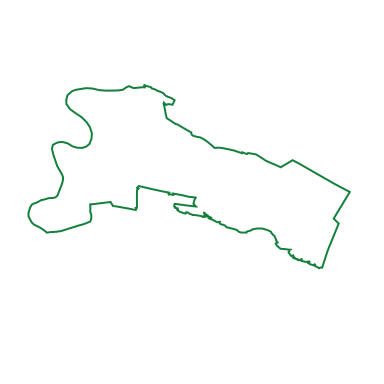 Tuglui, Dolj, Romania, rotated 199°
{"feature_id": "2599482B43089269321770", "entity_name": "Tuglui", "entity_type": "district", "adm_level": 2, "iso_a3": "ROU", "parent_name": "Romania", "parent_adm1": "Dolj", "projection": "natural_earth1", "projection_center": [23.773, 44.207], "detail": "fine", "context": "isolated", "style": "outline", "palette": "green", "viewbox_px": 384, "rotation_deg": 199, "n_neighbors": 0, "source": "geoboundaries", "source_scale": "gbopen_adm2", "svg_char_len": 5968}
<svg xmlns="http://www.w3.org/2000/svg" viewBox="0 0 384 384"><g transform="rotate(199 192 192)"><path d="M285.9,271.6L287.8,270.0L290.9,266.0L294.8,264.0L304.4,260.5L308.2,259.3L313.1,258.1L320.0,257.4L326.2,255.6L330.5,253.3L335.3,250.7L338.3,248.2L341.2,243.1L341.0,238.7L339.4,234.3L334.3,230.6L328.0,228.7L320.8,226.8L314.1,223.6L309.6,220.0L305.7,214.8L304.4,209.7L304.6,204.0L306.7,200.6L310.2,197.9L315.5,196.4L320.1,196.3L325.4,197.5L330.3,197.2L333.9,195.9L336.4,194.0L338.8,191.3L338.6,187.4L335.3,182.2L328.0,172.8L325.8,170.8L323.0,168.4L320.5,166.2L318.7,164.0L318.0,161.6L317.6,158.5L317.6,155.9L317.9,149.2L317.9,145.5L319.2,142.6L321.7,141.0L325.0,139.8L326.8,138.6L328.2,137.5L332.1,135.1L333.6,133.3L335.5,131.4L337.4,129.9L339.2,128.2L340.0,124.8L339.8,118.9L338.7,115.9L336.3,113.4L333.5,111.0L330.7,109.7L327.1,109.3L323.4,108.7L317.7,107.1L315.9,106.3L313.0,107.9L311.4,108.6L309.6,109.2L308.5,109.8L308.1,110.0L307.3,110.1L306.9,110.3L306.5,110.7L306.1,111.0L303.6,112.1L302.7,112.7L297.5,116.6L291.2,121.2L288.0,123.6L284.6,125.9L282.4,127.6L278.5,131.0L278.6,134.3L280.0,138.0L280.3,138.4L281.3,139.4L281.6,140.0L281.9,140.5L282.7,143.2L284.2,147.2L282.0,148.1L277.9,150.1L266.4,155.7L265.8,156.1L262.2,153.1L258.5,153.8L246.3,155.7L239.3,156.7L239.3,157.3L239.4,157.6L239.4,157.9L239.6,158.2L240.0,158.7L238.9,159.2L242.7,170.0L244.6,175.9L243.7,177.8L245.1,177.8L245.3,178.1L244.3,180.3L230.0,181.8L219.9,183.0L213.2,184.0L213.1,183.3L214.0,183.2L213.9,182.9L213.3,182.9L213.0,182.1L212.5,182.4L211.4,182.8L209.2,183.0L208.5,183.5L209.3,184.4L201.4,185.6L197.1,186.1L193.6,186.4L189.9,187.3L187.3,187.8L186.9,187.9L186.6,187.8L187.0,186.8L187.0,186.4L187.0,184.6L186.9,183.2L186.9,182.2L186.9,181.5L186.3,181.0L183.6,179.6L184.2,179.4L193.8,177.3L197.6,176.6L201.9,175.7L204.5,175.1L204.6,174.5L204.5,174.0L204.4,173.4L204.2,173.0L204.0,172.4L203.5,172.4L203.0,172.4L203.0,172.1L202.7,171.5L200.1,171.9L200.0,171.7L200.8,171.6L200.7,171.1L200.3,170.9L200.2,170.4L200.0,170.1L199.2,169.8L198.4,169.7L197.5,169.4L194.6,169.3L193.4,169.2L192.3,169.4L191.6,169.4L191.0,169.6L190.7,169.9L190.6,170.3L190.9,170.9L190.7,171.1L189.5,171.2L188.5,171.1L188.0,171.0L187.6,170.7L187.1,170.5L185.1,170.7L184.4,170.6L184.0,170.4L182.8,170.8L182.1,171.1L179.8,171.5L177.8,171.9L174.8,172.3L174.3,172.1L173.8,171.9L173.3,172.2L171.5,172.7L171.3,172.9L172.2,173.3L172.4,173.5L172.0,173.7L172.3,174.1L172.6,174.6L173.2,175.6L173.9,176.1L173.9,176.3L173.5,176.3L172.5,176.0L172.0,175.6L171.6,175.2L170.7,174.8L170.6,175.2L170.4,175.2L169.6,174.3L169.3,174.3L169.0,174.5L168.9,174.3L168.4,173.9L167.8,173.8L167.5,173.9L167.3,174.1L167.0,174.1L166.3,174.0L165.6,174.0L165.4,173.9L165.5,173.7L166.1,173.6L167.6,172.7L167.4,172.6L167.0,172.5L166.5,172.6L165.5,172.4L164.9,172.6L160.3,172.0L159.5,171.8L158.3,171.7L157.3,172.0L156.7,172.3L156.3,172.9L155.9,172.9L156.0,171.8L155.4,171.3L154.3,170.9L152.2,171.1L150.6,171.1L149.4,170.9L148.7,170.3L148.2,170.2L147.5,169.9L146.7,169.9L146.3,170.2L145.6,170.2L144.6,170.2L142.9,170.4L140.7,170.6L138.4,170.6L137.3,170.7L136.1,170.1L134.4,169.6L132.8,169.6L130.3,170.3L128.8,170.9L127.5,171.2L127.2,171.5L127.3,172.0L127.2,172.3L126.7,172.9L125.3,173.7L123.6,175.0L122.8,176.3L121.6,176.9L120.0,177.9L118.2,178.9L117.1,179.1L114.2,180.2L112.3,180.4L108.2,180.6L106.0,180.3L105.6,180.4L104.7,180.2L104.1,179.8L103.7,179.2L103.1,178.8L102.4,178.6L102.1,178.3L101.0,177.6L100.5,177.6L99.7,177.3L99.1,176.7L98.7,176.0L98.0,175.3L97.5,174.9L97.1,174.3L96.6,174.0L96.6,173.6L95.6,172.7L94.6,172.1L94.9,171.8L95.4,171.6L95.7,171.3L96.0,170.3L95.1,169.6L94.1,168.8L93.2,168.4L91.7,167.9L91.2,167.7L90.9,167.5L89.6,167.2L88.1,167.5L87.0,167.9L83.9,168.6L81.9,169.0L80.8,169.3L80.4,169.4L80.6,169.1L80.8,168.5L80.8,167.0L81.1,166.9L81.1,166.4L79.2,165.0L77.3,163.8L77.0,163.9L75.7,165.0L75.5,164.8L75.1,164.5L74.8,164.2L74.6,163.8L74.5,163.6L74.3,163.5L74.3,163.3L74.8,163.1L75.0,162.8L74.4,162.6L73.7,163.2L73.2,163.2L72.9,162.6L72.4,162.6L70.4,162.8L70.1,162.8L70.0,162.5L70.0,162.2L69.4,162.1L68.4,162.4L67.1,163.8L66.5,164.2L66.2,163.8L66.4,163.5L66.4,162.9L66.3,162.5L66.0,162.4L64.8,162.7L62.1,162.8L61.0,163.2L60.3,163.6L59.5,164.0L58.7,164.5L58.3,164.3L59.1,162.9L59.1,162.6L57.6,162.4L57.4,162.5L57.0,162.2L56.0,162.1L54.9,162.2L53.3,162.3L53.1,162.4L52.9,162.7L52.6,163.4L52.5,163.6L52.4,163.6L52.2,163.5L52.0,163.4L52.1,163.1L52.1,162.7L52.1,162.3L52.0,162.2L51.8,162.1L51.6,162.0L51.0,162.0L49.1,161.8L48.2,161.6L47.6,161.4L46.9,161.3L46.3,162.1L45.7,162.5L45.3,162.7L44.3,162.8L44.4,166.9L44.6,179.6L44.6,181.7L43.0,209.9L49.3,212.9L48.8,215.5L47.1,223.7L46.1,227.7L45.2,232.5L44.6,235.0L42.8,243.4L60.7,246.2L72.7,248.5L93.2,252.4L100.4,253.8L107.3,254.8L108.6,253.2L109.9,251.7L111.0,250.3L115.1,245.6L116.0,244.3L117.5,244.4L122.9,244.9L129.2,245.3L132.7,245.7L137.5,247.0L141.8,248.0L143.1,248.3L144.4,248.3L151.7,247.1L152.0,246.2L152.2,245.9L152.4,245.8L154.3,245.8L157.4,245.9L157.3,245.0L160.1,244.9L165.6,244.9L171.3,244.3L177.1,243.5L181.3,242.6L185.2,241.0L187.8,242.3L195.0,244.9L198.9,245.9L202.2,246.3L204.8,245.8L207.3,245.6L209.6,245.6L210.6,246.0L211.4,246.6L211.8,247.3L212.0,248.0L217.9,249.1L227.5,251.1L228.3,251.1L229.3,250.9L240.0,253.6L242.5,257.7L246.0,263.9L247.6,266.2L247.6,267.1L247.4,266.9L246.7,266.8L246.0,266.5L245.9,266.1L245.6,265.9L244.7,266.0L244.2,266.4L243.8,266.9L243.2,267.2L242.4,267.6L240.9,267.8L238.8,268.2L238.3,273.1L240.3,273.6L241.1,273.9L243.7,274.2L244.8,274.2L245.6,274.0L246.2,274.3L247.9,274.4L249.1,274.8L249.9,275.2L250.6,275.8L251.4,276.1L252.2,276.2L253.3,276.4L255.6,276.4L256.7,276.5L258.3,276.5L258.7,276.6L259.2,276.8L261.4,277.0L263.3,276.8L263.9,276.8L264.0,277.1L264.3,277.4L265.0,277.7L267.0,277.6L267.4,277.6L267.6,277.5L268.7,277.5L270.2,277.4L272.7,277.6L271.6,277.1L271.0,276.4L270.7,275.6L272.1,275.2L273.3,274.8L274.1,274.4L280.4,271.5L281.2,271.3L282.4,271.2L283.7,271.4L285.9,271.6Z" fill="none" stroke="#15803d" stroke-width="2"/></g></svg>